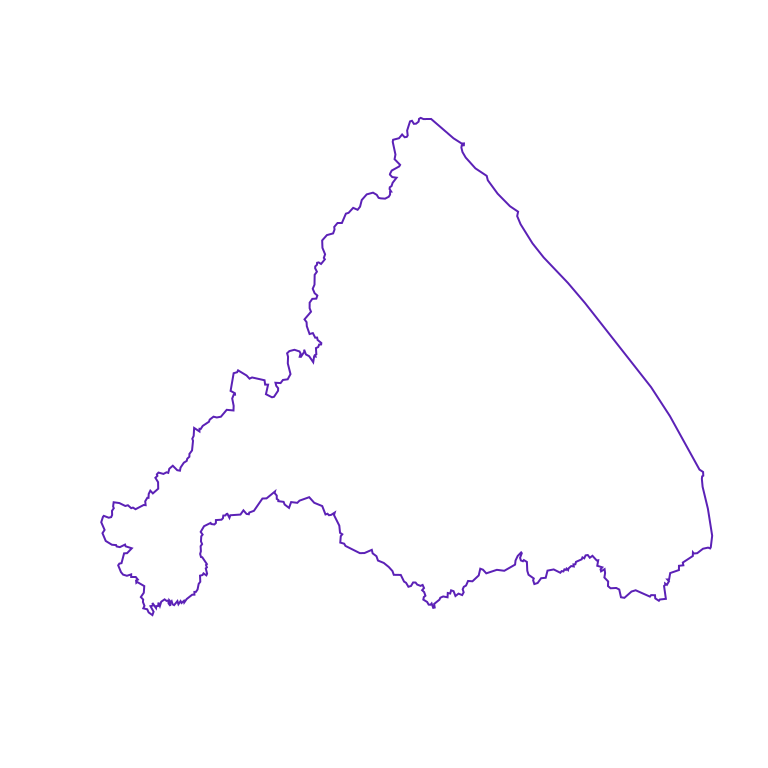 Tomatlán, Jalisco, Mexico, rotated 171°
{"feature_id": "50627088B62386575329079", "entity_name": "Tomatlán", "entity_type": "district", "adm_level": 2, "iso_a3": "MEX", "parent_name": "Mexico", "parent_adm1": "Jalisco", "projection": "equal_earth", "projection_center": [-105.032, 19.938], "detail": "fine", "context": "isolated", "style": "outline", "palette": "violet", "viewbox_px": 768, "rotation_deg": 171, "n_neighbors": 0, "source": "geoboundaries", "source_scale": "gbopen_adm2", "svg_char_len": 6154}
<svg xmlns="http://www.w3.org/2000/svg" viewBox="0 0 768 768"><g transform="rotate(171 384 384)"><path d="M657.5,211.6L655.6,208.8L656.2,206.4L655.3,202.4L656.8,200.1L653.1,198.5L652.2,195.2L648.9,192.0L647.2,195.1L649.4,201.1L646.6,201.4L647.0,204.0L644.2,198.3L643.6,200.2L641.7,200.1L641.0,203.4L640.1,199.7L638.1,203.8L634.4,205.6L632.7,203.8L630.9,203.9L631.1,201.0L629.7,198.3L629.6,203.5L628.5,201.8L627.7,202.6L627.3,199.5L625.9,198.4L622.0,201.9L621.5,198.6L618.9,201.4L618.2,199.4L615.6,201.1L615.5,199.4L612.5,202.5L606.4,205.9L604.2,205.6L603.8,208.3L602.3,208.1L600.3,210.2L598.3,215.6L596.4,217.4L595.7,223.5L593.1,223.7L591.9,225.2L589.4,222.8L588.4,224.3L588.9,229.8L587.6,230.6L588.1,233.1L587.1,233.8L590.6,241.3L591.8,241.7L592.2,244.9L591.0,247.5L590.5,252.5L588.7,254.3L589.4,257.2L588.3,262.2L586.7,263.6L588.2,266.6L584.0,271.7L577.0,273.9L576.5,272.7L573.5,271.8L571.8,273.0L571.3,275.9L565.7,275.4L564.1,276.6L563.3,279.2L561.2,279.0L559.8,280.3L559.0,280.3L557.6,276.0L556.3,278.4L546.2,277.5L542.6,281.2L540.1,277.2L537.9,276.5L537.2,278.1L532.3,279.1L522.0,289.9L517.9,289.4L508.5,294.9L509.1,293.4L507.4,290.6L507.9,287.3L506.5,286.0L506.7,284.8L501.6,283.3L501.0,280.5L497.2,276.5L494.2,281.9L488.2,280.2L485.7,282.0L475.6,283.9L471.5,277.6L464.1,273.1L462.2,264.3L460.1,264.7L458.9,263.0L456.7,263.0L452.8,264.7L453.9,262.4L450.3,251.1L450.7,243.9L448.7,242.1L450.5,240.5L452.0,234.2L448.3,232.5L447.4,230.1L434.3,220.7L429.7,220.1L422.0,222.1L421.7,218.5L418.4,215.1L417.6,210.6L412.2,207.3L407.9,202.5L404.9,197.9L404.2,194.0L397.3,192.8L395.1,185.7L393.3,184.2L391.6,179.9L388.9,180.3L386.3,183.4L383.9,183.0L382.6,180.7L379.5,178.9L377.3,179.5L376.4,176.2L378.6,174.4L376.9,172.2L376.2,168.4L378.0,167.3L378.9,164.9L375.5,162.0L374.4,159.1L372.6,158.7L371.3,159.8L370.4,155.2L368.9,155.3L368.9,158.9L363.0,162.3L361.8,164.1L358.8,164.9L354.6,163.4L353.7,167.6L351.4,166.7L350.0,169.7L347.7,168.5L346.6,163.4L343.2,165.3L339.8,163.3L337.9,165.8L338.4,168.9L336.9,171.2L334.5,172.1L331.8,176.3L327.5,175.3L320.4,180.1L317.8,186.5L315.3,185.1L312.6,181.0L301.6,182.8L294.4,180.7L282.8,185.1L281.7,189.1L278.8,193.3L274.9,196.2L274.4,195.3L276.8,191.0L276.4,188.3L274.5,187.2L273.4,188.2L270.7,185.9L271.7,177.1L271.1,173.0L266.5,168.5L267.4,166.8L266.8,162.9L263.4,163.4L259.2,167.6L254.6,167.3L251.7,174.1L245.4,174.3L239.4,170.0L237.8,171.4L236.1,170.8L234.8,172.7L233.4,171.9L232.6,173.1L231.3,171.4L230.6,173.0L227.6,174.9L225.1,174.1L225.1,176.2L223.2,176.0L222.2,178.3L216.2,179.9L215.1,181.7L213.5,180.5L211.7,183.2L209.5,183.2L207.9,180.2L205.0,181.7L201.5,176.4L200.0,176.4L201.8,171.1L197.1,168.8L199.1,167.1L198.9,165.0L195.1,166.6L195.2,162.7L196.6,158.4L193.5,153.9L194.4,149.4L192.2,146.8L186.5,146.2L183.8,144.2L183.3,136.3L180.0,135.2L172.0,140.3L167.7,140.9L154.6,132.4L153.2,133.7L149.4,133.0L149.6,129.8L146.4,126.9L145.3,128.0L139.2,127.7L139.0,140.7L137.6,141.6L137.5,142.9L136.0,141.4L133.4,144.6L134.7,146.6L133.0,146.4L130.9,152.5L121.8,154.1L121.1,158.3L116.7,158.1L116.8,160.9L105.9,165.8L105.2,169.4L104.4,168.1L101.1,167.9L94.7,171.4L89.5,171.7L87.6,170.6L86.8,171.6L83.6,182.8L83.6,210.1L85.4,232.6L84.9,240.6L84.2,243.0L83.0,243.5L82.6,247.2L85.8,250.1L106.6,307.5L120.7,339.1L172.9,432.7L186.5,455.0L206.5,484.0L215.3,499.6L224.1,520.4L226.2,529.0L224.6,533.2L231.8,539.9L242.0,554.2L249.6,569.0L250.0,573.5L260.0,582.7L267.9,594.9L270.2,600.8L270.6,605.4L269.9,607.4L267.8,607.3L267.4,609.1L269.7,609.4L276.9,615.8L296.0,638.4L303.6,639.5L306.1,641.1L307.9,640.4L308.8,637.7L311.6,636.1L313.8,636.3L315.2,639.6L317.2,639.3L321.5,630.7L321.7,625.8L322.9,624.5L325.0,624.5L327.1,627.6L330.7,624.4L336.8,623.8L337.5,621.8L336.8,608.8L338.4,604.4L333.8,597.9L335.0,596.5L343.0,593.6L345.0,590.9L345.4,589.9L343.5,587.1L339.3,585.8L344.0,581.4L345.6,578.3L347.5,577.4L348.0,575.7L346.8,572.9L347.9,573.0L348.4,570.1L350.0,568.2L353.9,566.9L358.3,567.9L360.2,568.7L361.6,572.0L364.9,574.7L371.4,574.0L377.2,569.2L379.9,562.9L382.8,560.2L386.9,562.8L392.2,558.6L395.0,558.2L400.4,549.6L404.7,550.3L408.6,546.9L408.7,544.3L410.7,540.7L417.1,540.0L422.6,535.5L423.5,528.1L421.9,521.3L423.7,518.0L422.9,516.4L427.4,512.4L429.5,514.3L431.1,514.2L431.6,512.2L433.5,510.9L433.9,509.1L432.7,505.4L435.4,502.7L437.1,493.0L439.5,489.2L438.3,484.5L436.0,481.8L437.5,478.9L441.5,479.3L444.7,476.0L445.6,470.5L444.8,466.8L452.4,460.3L450.8,457.2L451.2,453.2L449.7,445.0L446.3,445.4L444.7,440.5L442.8,440.3L442.7,437.9L439.5,434.3L439.9,432.9L441.9,433.1L443.2,430.8L445.6,430.1L446.2,423.9L447.6,423.4L447.3,421.8L448.7,422.2L450.5,416.6L453.6,423.2L456.5,425.4L457.5,430.4L457.7,428.3L461.8,423.8L463.0,424.1L461.6,427.1L462.4,429.4L467.1,431.8L472.3,431.3L474.9,429.5L474.5,425.9L475.8,419.4L474.8,408.4L478.4,403.7L483.2,403.8L486.0,401.1L491.0,402.2L490.7,399.0L489.2,396.4L489.7,393.9L494.6,388.6L496.7,388.4L502.2,392.4L498.6,401.5L501.5,402.0L501.4,406.4L513.3,411.1L516.0,410.3L518.4,413.9L526.0,420.3L527.2,418.6L530.8,418.2L536.6,401.2L532.7,398.2L532.8,396.8L534.1,397.0L536.2,393.4L535.9,386.0L536.8,381.4L543.4,383.1L550.2,377.2L554.4,377.1L557.5,378.4L561.7,376.1L562.8,374.1L569.6,371.0L572.0,368.3L573.2,368.6L573.7,366.0L578.4,370.3L580.1,362.5L581.9,359.9L581.5,357.8L584.0,348.4L587.1,345.4L587.6,342.6L590.0,341.0L590.9,338.9L594.0,337.6L598.0,333.3L599.1,330.3L601.7,331.2L605.4,336.3L609.3,333.9L611.0,330.0L612.6,330.8L615.9,329.7L620.6,331.8L622.5,330.3L622.2,328.7L624.5,327.1L622.5,322.4L623.4,315.9L629.4,312.1L631.5,315.2L633.6,312.2L634.4,308.4L635.6,308.6L638.2,305.5L638.4,301.6L640.3,302.1L649.0,299.2L651.3,301.2L653.1,300.9L655.9,304.3L658.6,304.0L664.0,307.8L669.5,309.5L670.7,305.5L670.3,303.6L672.5,301.3L673.0,297.2L674.3,295.2L676.8,295.0L681.4,297.6L682.4,296.7L684.9,291.7L682.8,283.6L685.4,280.7L683.4,272.5L677.9,267.8L673.8,266.8L673.5,265.4L670.4,264.2L664.9,265.9L664.6,264.1L658.8,261.2L664.2,257.1L667.2,257.4L671.3,248.1L673.5,248.0L674.9,246.5L673.2,239.3L671.5,236.5L667.9,234.8L663.5,235.5L663.9,232.9L659.4,232.2L657.7,229.3L659.6,228.7L659.7,226.4L658.7,227.0L652.4,221.9L653.9,215.4L657.5,211.6Z" fill="none" stroke="#5b21b6" stroke-width="2"/></g></svg>